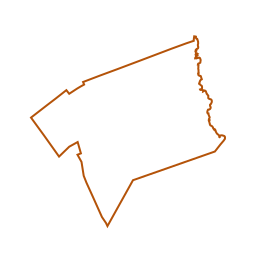 the district of Vicente López, Buenos Aires, Argentina, rotated 8°
{"feature_id": "61730980B14767108287685", "entity_name": "Vicente López", "entity_type": "district", "adm_level": 2, "iso_a3": "ARG", "parent_name": "Argentina", "parent_adm1": "Buenos Aires", "projection": "robinson", "projection_center": [-58.476, -34.529], "detail": "fine", "context": "isolated", "style": "outline", "palette": "amber", "viewbox_px": 256, "rotation_deg": 8, "n_neighbors": 0, "source": "geoboundaries", "source_scale": "gbopen_adm2", "svg_char_len": 5025}
<svg xmlns="http://www.w3.org/2000/svg" viewBox="0 0 256 256"><g transform="rotate(8 128 128)"><path d="M182.5,28.0L180.8,28.0L180.8,31.3L181.0,32.5L174.0,36.0L160.1,43.4L129.1,60.4L109.1,71.3L93.1,79.9L77.1,88.7L78.5,91.1L75.3,93.5L72.3,95.9L65.0,102.3L61.7,99.1L52.2,109.0L44.9,116.4L30.5,131.2L46.0,147.2L63.7,165.9L72.1,155.1L72.4,154.7L80.1,148.9L84.9,159.7L81.7,161.5L86.7,168.1L90.8,181.5L94.5,188.0L102.2,200.1L114.6,219.8L119.4,225.1L121.3,228.0L140.2,179.0L217.3,139.2L221.9,131.3L224.5,127.2L225.5,125.2L225.3,123.5L225.1,123.4L224.8,122.8L224.6,122.6L223.9,122.4L223.4,122.3L223.0,122.3L222.7,122.2L221.9,122.2L221.5,122.3L221.2,122.3L220.9,122.4L220.4,122.7L220.1,122.8L220.0,123.1L220.0,123.3L220.0,123.6L220.1,123.9L220.2,124.1L220.1,124.3L219.9,124.4L219.7,124.3L219.6,124.1L219.5,123.5L219.3,122.9L219.1,122.6L218.9,122.4L217.9,121.8L217.6,121.7L217.4,121.5L217.2,121.4L216.7,121.0L216.3,120.5L216.0,120.1L215.9,119.9L215.6,119.6L215.5,119.4L215.2,118.6L214.7,117.7L214.4,117.3L213.9,117.1L213.6,117.0L213.3,116.9L213.0,116.9L213.0,117.1L212.9,117.0L212.8,116.8L212.6,116.6L212.4,116.3L212.2,116.1L212.1,115.7L211.9,115.5L211.7,115.2L211.3,114.8L211.0,114.6L210.7,114.4L210.4,114.3L209.8,114.1L209.6,114.0L209.4,114.0L209.2,113.9L209.1,113.7L208.7,113.3L208.6,113.2L208.5,112.5L208.4,112.3L208.2,112.1L208.1,111.7L207.9,111.4L207.7,110.7L207.6,110.4L207.4,110.2L207.2,109.9L207.1,109.7L207.4,109.5L207.5,109.3L207.7,109.1L207.7,108.9L207.4,108.8L207.2,108.7L207.2,108.4L207.3,108.2L207.2,108.1L206.9,108.1L206.9,107.8L207.0,107.5L207.1,107.1L207.2,106.9L207.4,106.5L207.4,106.2L207.3,105.8L207.0,105.4L206.8,105.1L206.6,104.8L206.0,103.6L205.5,102.8L205.0,102.5L205.0,102.4L205.2,102.2L204.9,102.1L204.6,102.0L204.5,101.9L204.4,101.7L204.3,101.2L204.3,100.9L204.3,100.3L204.6,99.0L204.7,98.7L204.8,98.6L205.3,98.5L205.9,98.4L206.1,98.2L206.5,97.9L206.7,97.6L207.0,96.8L207.0,96.4L207.0,96.1L206.9,95.8L206.7,95.5L206.2,94.7L206.1,94.3L206.0,93.9L206.0,93.5L206.2,93.2L206.4,93.1L206.6,93.0L206.7,92.8L206.8,92.3L207.0,91.8L207.1,91.6L207.3,91.2L207.3,90.9L207.3,90.6L207.3,90.2L207.3,89.7L207.2,89.4L207.0,89.0L206.8,88.6L206.6,88.4L206.3,88.2L206.0,88.1L205.7,88.0L205.1,88.0L204.6,87.9L204.4,87.8L204.0,87.7L203.8,87.6L203.6,87.5L203.4,87.3L203.3,87.0L203.3,86.6L203.1,86.1L203.1,85.6L203.1,85.1L203.0,84.8L202.9,84.7L202.7,84.5L202.1,84.0L201.7,83.7L201.6,83.4L201.2,83.2L200.8,82.5L200.7,82.2L200.0,80.9L199.9,80.7L199.5,80.6L199.3,80.6L198.9,80.2L198.3,80.2L198.0,80.3L197.9,80.3L197.9,80.7L197.6,81.2L197.3,81.4L197.3,81.2L197.4,80.9L197.5,80.7L197.3,80.3L197.1,80.1L196.8,80.0L196.4,80.0L195.2,80.1L194.5,80.2L194.2,80.1L194.0,79.8L194.2,79.7L194.4,79.6L195.3,79.2L195.7,79.0L195.8,78.7L195.7,78.1L195.7,77.3L195.4,76.5L195.4,76.3L195.2,76.1L195.0,75.9L194.9,75.9L194.4,75.6L194.0,75.4L193.7,75.2L193.0,74.7L192.9,74.5L192.6,74.6L192.3,74.4L192.2,74.1L192.3,73.8L192.4,73.7L192.5,73.4L192.4,72.8L192.5,72.6L192.6,72.4L192.7,72.2L192.7,71.5L193.1,70.6L193.3,70.2L193.9,69.8L194.3,69.5L194.1,69.0L193.8,68.6L193.3,67.4L192.9,66.6L192.7,66.4L192.2,66.3L191.8,66.4L191.5,66.4L191.3,66.3L191.1,66.2L190.7,66.0L190.4,65.8L190.1,65.1L190.4,64.8L190.4,64.6L190.1,64.4L189.9,64.3L189.8,64.1L189.9,63.9L190.1,63.9L190.2,63.7L190.3,63.4L190.1,63.1L190.0,62.3L189.9,61.9L189.8,61.2L189.7,60.6L189.6,60.2L189.4,59.9L189.3,59.7L189.3,59.4L189.3,58.6L189.2,57.9L189.1,57.7L189.1,57.4L189.1,56.9L189.1,56.5L189.1,56.2L189.0,55.8L188.7,55.2L188.4,55.3L188.4,55.1L188.6,54.5L188.9,54.3L189.2,54.1L189.7,53.9L189.9,53.8L190.1,53.6L190.5,53.2L190.5,52.9L190.5,52.3L190.5,51.8L190.5,51.1L190.5,50.6L190.1,49.8L190.0,49.5L189.8,49.2L189.5,48.7L188.7,48.4L188.2,48.5L187.8,48.8L187.6,48.9L187.5,49.0L187.1,49.0L186.9,49.0L186.5,49.3L186.4,49.2L186.2,49.2L186.1,49.3L185.9,49.5L185.6,49.5L185.3,49.5L185.1,49.5L184.8,49.7L184.7,49.5L184.8,49.4L185.1,49.2L185.3,49.1L185.3,48.7L185.4,48.3L185.5,48.2L185.7,47.9L185.4,47.9L185.2,47.5L185.1,47.3L185.1,47.2L185.4,47.1L185.7,47.0L185.8,46.9L186.0,46.8L186.3,46.8L186.4,46.7L186.1,46.6L185.8,46.5L185.7,46.3L185.8,46.3L186.0,46.2L185.9,46.0L185.6,45.9L186.1,45.6L186.3,45.5L186.5,45.4L186.6,45.2L186.3,45.2L186.2,45.1L185.9,44.5L185.6,44.5L185.4,44.6L185.1,44.5L184.9,44.4L184.7,44.5L184.6,44.4L184.4,44.2L184.2,44.1L183.9,44.1L184.0,44.1L184.2,43.9L184.3,43.6L184.4,43.4L184.3,43.2L184.2,43.1L184.3,42.8L184.3,42.6L184.2,42.6L184.2,42.4L184.5,42.5L184.7,42.4L184.9,42.1L184.7,41.9L184.9,41.7L184.8,41.4L184.6,41.3L184.4,41.3L184.3,41.2L184.5,40.8L184.7,40.7L184.8,40.6L184.9,40.4L185.0,40.3L185.1,40.1L185.4,40.1L185.6,40.0L185.8,39.8L186.1,39.5L186.2,39.3L186.3,39.0L186.3,38.7L186.3,38.0L186.2,37.8L186.0,37.5L185.9,37.1L185.8,36.8L185.7,36.4L185.6,36.2L185.6,35.6L185.7,35.1L185.7,34.7L185.7,34.4L185.5,33.4L185.4,33.1L185.4,32.7L185.1,32.1L184.8,31.5L184.7,31.2L184.3,30.8L184.3,30.6L184.2,30.5L184.1,30.1L183.9,30.0L183.6,30.0L183.2,29.9L183.1,29.7L182.7,29.3L182.7,29.2L182.6,28.7L182.6,28.3L182.6,28.1L182.5,28.0Z" fill="none" stroke="#b45309" stroke-width="2"/></g></svg>